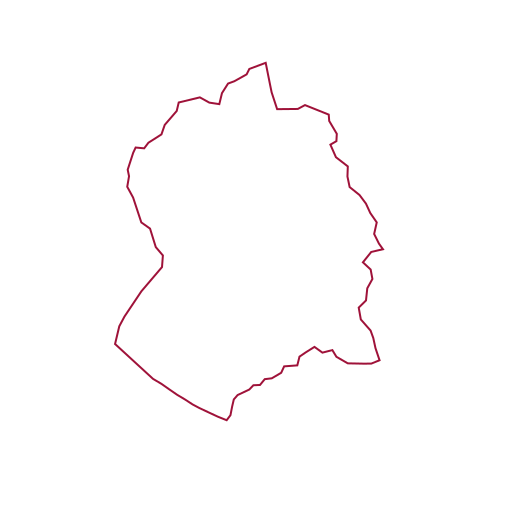 Tupanci do Sul, Rio Grande do Sul, Brazil, rotated 127°
{"feature_id": "56859067B31441809180577", "entity_name": "Tupanci do Sul", "entity_type": "district", "adm_level": 2, "iso_a3": "BRA", "parent_name": "Brazil", "parent_adm1": "Rio Grande do Sul", "projection": "natural_earth1", "projection_center": [-51.538, -27.925], "detail": "fine", "context": "isolated", "style": "outline", "palette": "rose", "viewbox_px": 512, "rotation_deg": 127, "n_neighbors": 0, "source": "geoboundaries", "source_scale": "gbopen_adm2", "svg_char_len": 1302}
<svg xmlns="http://www.w3.org/2000/svg" viewBox="0 0 512 512"><g transform="rotate(127 256 256)"><path d="M404.8,180.6L398.5,180.6L390.5,184.5L383.9,187.4L378.1,187.0L366.7,181.0L360.8,180.3L356.6,175.2L349.1,174.9L344.2,169.8L334.1,165.6L327.2,167.1L318.5,157.2L310.2,160.7L303.1,158.3L293.4,154.6L293.2,144.8L285.2,138.4L288.1,131.1L286.5,118.1L277.6,105.8L272.6,99.2L264.9,94.6L257.7,105.1L250.9,113.0L246.6,119.6L243.6,134.1L235.4,142.9L225.3,141.4L214.8,147.7L204.3,149.2L197.8,156.3L196.7,166.8L183.4,166.4L174.2,158.7L172.1,165.3L167.3,174.9L156.5,179.8L152.9,190.6L148.0,199.7L145.0,210.0L144.6,222.7L137.5,230.8L129.2,236.6L129.0,251.6L122.3,263.6L115.9,260.9L109.8,265.0L104.1,278.8L99.3,283.0L106.0,307.7L113.4,311.1L126.0,327.5L115.9,342.0L111.4,347.1L95.9,364.5L110.6,373.9L116.6,372.8L129.5,378.5L135.1,382.1L146.4,381.2L156.8,376.7L161.6,385.6L163.1,396.3L179.9,410.1L187.9,406.6L206.2,407.8L215.8,404.7L230.3,410.1L237.3,410.1L241.8,417.4L247.5,416.2L264.3,410.4L268.7,405.4L278.2,400.5L283.3,389.3L298.2,367.8L297.9,357.1L309.2,341.4L311.6,330.7L321.4,324.4L353.1,326.3L383.5,324.6L394.4,322.9L411.1,315.6L416.1,264.3L415.0,254.3L414.7,245.0L414.3,235.4L413.3,226.2L412.7,217.3L411.5,209.7L409.6,200.6L407.3,189.8L404.8,180.6Z" fill="none" stroke="#9f1239" stroke-width="2"/></g></svg>